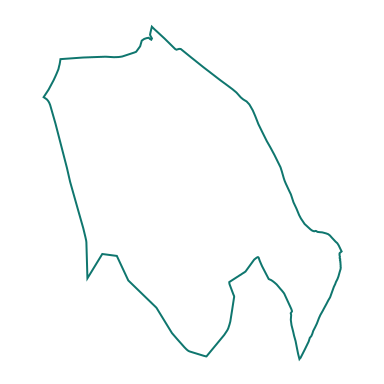 outline of Hinboon, Khammouan, Laos, rotated 182°
{"feature_id": "54806243B38020110154971", "entity_name": "Hinboon", "entity_type": "district", "adm_level": 2, "iso_a3": "LAO", "parent_name": "Laos", "parent_adm1": "Khammouan", "projection": "equal_earth", "projection_center": [104.427, 17.789], "detail": "fine", "context": "isolated", "style": "outline", "palette": "teal", "viewbox_px": 384, "rotation_deg": 182, "n_neighbors": 0, "source": "geoboundaries", "source_scale": "gbopen_adm2", "svg_char_len": 3115}
<svg xmlns="http://www.w3.org/2000/svg" viewBox="0 0 384 384"><g transform="rotate(182 192 192)"><path d="M293.5,102.1L279.5,126.9L264.9,125.5L252.6,101.4L223.5,75.1L207.1,50.3L201.9,44.7L194.3,36.7L192.3,34.8L191.1,33.8L189.9,33.0L188.6,32.5L174.5,28.7L173.1,28.4L172.3,28.2L171.8,28.2L154.8,50.3L151.9,55.0L151.0,57.0L149.9,60.9L149.2,63.9L147.8,75.3L146.4,87.2L146.3,87.9L146.2,88.6L146.3,89.4L146.6,90.1L147.0,90.9L151.2,101.0L151.5,102.1L151.6,102.9L151.6,103.3L135.8,114.3L127.5,126.6L125.5,128.3L124.3,129.1L123.8,129.2L123.5,129.1L123.1,128.7L122.0,125.8L120.6,122.8L119.4,120.3L112.3,107.7L109.8,106.7L108.2,105.7L106.4,104.4L104.2,102.6L102.0,100.2L100.6,98.6L98.7,96.6L96.9,94.5L96.2,93.5L88.8,78.8L88.2,77.3L88.0,76.7L87.9,76.3L88.6,75.0L89.1,74.3L88.6,72.5L88.8,67.7L87.9,62.4L86.0,55.9L85.0,52.0L83.3,46.7L81.8,40.2L80.3,33.9L78.8,28.8L78.6,29.1L77.7,30.1L73.7,38.7L70.2,46.6L69.2,50.2L69.2,50.3L67.7,52.2L66.8,54.5L66.0,57.4L64.3,61.0L62.6,64.9L61.6,67.8L60.8,70.2L59.4,73.6L57.1,78.0L56.3,79.7L53.8,84.7L52.0,88.5L50.3,91.6L49.5,94.1L46.9,102.2L45.7,104.9L45.0,107.1L43.7,109.8L42.7,112.7L41.7,116.9L41.1,119.2L40.8,120.2L40.8,121.2L40.7,121.5L40.7,121.8L40.8,122.2L40.8,122.3L40.9,122.5L40.9,122.8L40.9,123.0L40.9,123.5L40.9,123.9L40.9,124.1L41.0,124.5L41.0,124.8L41.1,125.0L41.1,125.3L41.1,125.7L41.1,125.9L41.1,126.1L41.2,126.5L41.2,126.9L41.3,127.2L41.4,127.3L41.4,127.5L41.4,127.8L41.3,128.0L41.4,128.3L41.5,128.5L41.7,128.8L41.6,129.0L41.5,129.5L41.6,129.8L41.7,130.0L41.6,130.3L41.7,130.5L41.8,130.6L41.9,130.8L42.0,130.8L42.1,131.3L42.1,131.5L42.1,131.8L42.0,132.0L41.9,132.2L41.9,132.3L41.9,132.5L42.0,132.7L42.0,133.0L42.2,133.3L42.3,133.6L42.3,133.9L42.3,134.0L42.3,134.3L42.4,134.5L42.4,134.8L42.3,135.0L42.4,135.5L42.4,135.8L42.2,136.2L40.4,137.8L41.2,139.3L43.5,143.7L45.0,145.9L46.8,147.4L50.6,151.2L52.7,153.4L54.4,154.6L56.5,155.3L60.4,156.2L62.7,156.3L65.1,156.5L65.9,156.9L66.5,157.3L67.2,157.4L68.4,157.0L69.4,157.2L70.5,157.6L72.2,158.7L78.3,163.9L82.2,169.3L84.1,172.6L87.0,179.0L90.2,185.2L92.1,190.4L93.1,193.1L95.1,196.9L98.5,203.6L99.8,206.4L100.8,209.1L102.9,215.6L104.4,219.8L107.1,224.8L110.8,231.7L115.4,239.6L119.0,245.4L124.1,254.8L128.0,262.1L129.5,265.6L131.5,270.2L134.1,275.7L137.7,281.5L140.6,284.4L142.8,285.6L144.3,286.5L146.6,288.3L151.1,293.0L155.1,296.1L155.8,296.6L167.3,304.5L169.7,306.2L184.8,317.0L196.1,325.4L197.2,326.2L204.2,331.5L208.2,334.5L209.8,334.6L212.5,333.7L213.8,334.3L224.8,344.4L228.4,347.5L231.4,350.1L235.2,353.3L237.9,355.8L239.1,349.8L239.4,347.7L238.7,346.1L237.4,344.1L238.0,342.8L239.4,343.5L240.7,344.6L242.7,344.2L245.1,343.3L247.5,341.5L248.9,335.8L252.7,330.2L254.2,329.5L258.8,327.8L266.4,325.0L268.4,324.6L270.3,324.3L274.7,324.0L283.1,324.2L305.5,322.6L328.1,320.2L328.5,316.8L328.8,314.8L329.2,313.1L329.8,310.0L331.4,305.7L332.6,302.7L334.2,298.9L338.9,289.3L343.6,281.6L342.5,280.9L341.5,280.3L340.2,279.4L338.8,277.8L337.8,276.2L336.8,274.0L330.8,255.5L317.8,211.6L315.5,202.9L314.1,197.7L304.7,168.4L299.4,152.0L297.0,143.4L296.1,139.9L295.8,138.1L293.5,102.1Z" fill="none" stroke="#0f766e" stroke-width="2"/></g></svg>